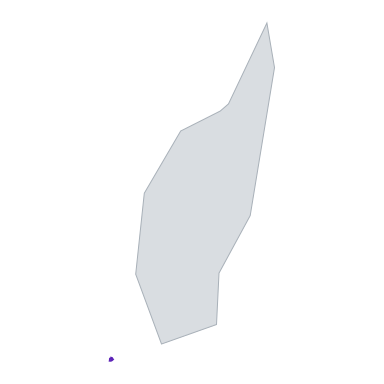 Dngronger, Palau shown in context
{"feature_id": "81905179B16593070408987", "entity_name": "Dngronger", "entity_type": "district", "adm_level": 2, "iso_a3": "PLW", "parent_name": "Palau", "parent_adm1": "", "projection": "mercator", "projection_center": [134.479, 7.344], "detail": "fine", "context": "in_parent", "style": "filled", "palette": "violet", "viewbox_px": 384, "rotation_deg": 0, "n_neighbors": 0, "source": "geoboundaries", "source_scale": "gbopen_adm2", "svg_char_len": 1046}
<svg xmlns="http://www.w3.org/2000/svg" viewBox="0 0 384 384"><path d="M216.5,324.5L161.5,344.0L135.7,274.2L144.3,193.2L180.7,131.0L220.3,111.0L228.5,103.9L266.9,23.0L274.5,67.6L250.2,215.6L219.0,273.1L216.5,324.5Z" fill="#d9dde1" stroke="#a8b0b8" stroke-width="1"/><path d="M112.1,357.8L111.9,357.8L111.7,357.8L111.9,358.1L111.6,358.0L111.5,357.8L111.3,357.9L111.3,358.1L111.7,358.4L111.8,358.5L111.7,358.6L111.6,358.4L111.3,358.3L111.0,358.1L110.9,358.0L110.7,358.1L110.6,358.3L110.7,358.6L110.7,358.8L110.5,358.7L110.2,358.3L109.9,358.4L109.8,358.6L109.7,358.9L109.7,359.0L109.8,359.2L109.7,359.3L109.7,359.6L109.6,360.1L109.6,360.3L109.5,360.9L109.8,360.9L110.5,361.0L110.8,360.9L111.1,360.9L111.5,360.7L111.8,360.6L112.1,360.4L112.4,360.1L112.7,359.9L112.9,359.7L113.0,359.6L113.2,359.4L112.8,359.1L112.7,358.7L112.4,358.2L112.2,357.9L112.1,357.8ZM111.5,357.7L111.4,357.7L111.2,357.6L111.2,357.8L111.3,357.8L111.3,357.7L111.5,357.7ZM111.0,357.7L111.0,357.8L111.0,357.7L111.0,357.7Z" fill="#8b5cf6" stroke="#5b21b6" stroke-width="1.5"/></svg>